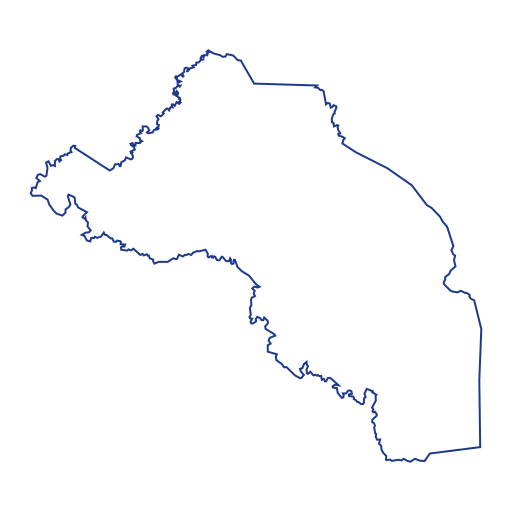 Cavally, Cavally, Ivory Coast (Mercator projection)
{"feature_id": "98640826B42717034718743", "entity_name": "Cavally", "entity_type": "district", "adm_level": 2, "iso_a3": "CIV", "parent_name": "Ivory Coast", "parent_adm1": "Cavally", "projection": "mercator", "projection_center": [-7.871, 6.299], "detail": "fine", "context": "isolated", "style": "outline", "palette": "blue", "viewbox_px": 512, "rotation_deg": 0, "n_neighbors": 0, "source": "geoboundaries", "source_scale": "gbopen_adm2", "svg_char_len": 5978}
<svg xmlns="http://www.w3.org/2000/svg" viewBox="0 0 512 512"><path d="M208.3,50.3L207.3,51.2L208.7,51.4L208.9,52.2L206.9,53.2L207.6,54.0L207.2,55.3L203.9,55.2L203.6,57.5L202.2,55.7L201.6,56.1L200.5,58.5L202.3,59.7L201.0,60.0L198.7,62.4L196.3,62.6L196.2,64.9L192.5,65.7L193.6,67.3L190.0,68.4L187.9,71.1L187.2,71.2L188.0,68.4L186.2,67.6L184.5,68.5L184.1,71.9L182.2,73.5L183.5,76.2L183.0,76.6L180.8,74.5L177.7,76.5L175.6,76.4L175.2,77.7L176.1,78.7L176.9,77.7L177.0,79.8L180.7,81.5L179.0,82.3L178.6,81.0L177.5,81.4L177.8,84.9L179.0,85.8L180.4,85.6L179.7,86.7L177.9,85.6L175.8,87.9L173.7,88.6L174.2,92.6L173.1,92.9L173.4,94.4L175.4,94.9L176.5,91.0L178.0,92.5L177.9,93.9L177.4,95.3L176.3,95.0L176.1,95.7L179.9,98.1L179.1,99.0L180.4,99.7L180.1,101.2L178.3,102.2L179.5,102.9L181.3,101.9L179.2,103.9L176.6,102.1L174.7,105.9L173.4,104.5L172.1,104.3L171.7,104.9L172.5,107.4L170.5,107.2L169.1,110.4L167.7,108.6L166.5,108.6L162.8,112.5L163.8,113.6L160.9,116.3L158.0,114.9L156.5,116.2L158.5,119.4L157.2,121.1L157.1,124.2L158.9,125.0L158.3,127.2L157.1,127.3L156.2,128.4L158.3,128.7L157.8,129.4L154.0,129.9L152.6,132.5L148.2,133.3L147.0,132.4L149.3,130.2L147.8,127.5L146.4,126.4L142.6,126.4L142.9,130.2L142.4,130.9L140.2,130.3L139.8,131.1L141.0,133.1L137.1,134.9L136.6,136.3L140.0,138.3L140.1,140.1L142.0,141.2L141.3,141.6L140.2,140.6L140.4,142.6L139.8,143.1L135.5,142.8L135.5,145.6L134.2,145.8L132.5,143.1L130.5,143.7L130.9,145.0L133.8,146.9L134.8,149.6L130.5,151.6L131.0,153.0L133.0,152.0L131.8,153.5L133.1,156.7L132.2,158.9L130.9,159.4L126.0,157.4L125.0,160.1L121.3,162.3L120.5,166.1L119.7,166.1L118.6,164.0L115.0,164.4L113.4,168.2L109.7,170.5L74.8,147.9L75.3,146.0L73.4,145.7L70.9,147.8L70.5,150.7L71.4,152.1L67.9,153.4L67.3,155.0L64.6,154.3L63.6,155.7L60.5,156.3L60.1,158.5L61.1,160.0L59.4,161.5L58.6,159.2L56.9,159.1L54.9,161.0L54.9,166.0L53.1,165.1L51.0,165.9L48.5,161.3L46.1,162.6L47.5,167.9L46.4,175.7L44.9,176.7L40.1,174.1L37.9,174.8L36.3,178.0L39.9,181.0L37.6,182.1L35.8,188.2L34.4,187.4L31.7,188.1L32.0,190.5L30.7,193.1L31.6,194.6L32.5,195.8L41.2,195.6L47.6,199.6L49.3,204.6L54.1,211.2L56.7,213.7L62.4,215.6L65.4,212.8L65.6,209.4L68.9,207.0L70.4,204.6L67.8,196.2L68.6,194.6L73.8,196.9L74.7,198.0L75.4,203.9L76.9,204.7L78.0,207.4L87.0,212.2L82.6,216.5L82.6,217.4L84.5,218.6L85.5,217.4L85.9,220.3L88.0,222.5L87.5,226.4L90.7,230.4L88.9,232.3L85.8,232.6L81.8,234.9L84.5,235.9L86.8,240.4L90.3,241.4L91.2,237.9L94.0,238.0L94.9,236.7L97.2,237.8L101.0,236.6L103.8,232.6L104.8,234.7L106.6,235.0L110.7,238.4L112.2,238.4L113.9,241.7L115.8,241.9L117.1,240.6L120.3,241.2L120.9,241.9L120.6,244.2L125.1,244.5L124.4,246.6L122.2,246.5L121.0,247.3L121.2,249.7L127.1,250.6L128.5,249.4L131.0,250.4L133.3,248.7L140.3,254.9L142.6,253.9L143.7,255.4L146.9,254.3L147.9,255.7L148.9,255.6L149.7,258.3L153.2,259.6L153.2,261.5L154.5,263.6L158.6,261.9L167.6,261.9L173.5,258.2L175.7,259.1L177.1,258.8L178.9,254.7L182.8,256.5L185.0,254.8L186.4,255.0L188.0,254.0L191.3,254.9L193.2,252.6L197.4,251.0L198.8,251.4L205.5,249.7L207.8,253.7L207.6,256.5L208.5,257.4L211.7,255.9L212.0,257.5L213.1,257.6L214.1,256.3L215.3,257.0L217.0,260.1L218.5,260.4L219.6,260.0L221.7,256.7L222.5,256.8L226.0,261.0L227.8,261.3L229.1,260.9L230.1,258.3L230.9,259.5L230.8,263.0L232.0,264.0L233.5,263.5L233.5,261.0L234.0,259.7L234.9,259.9L237.6,267.1L242.0,271.4L249.0,275.6L256.1,284.4L259.5,286.8L257.7,287.5L254.1,286.6L252.3,288.5L254.7,290.8L253.7,293.8L255.0,296.0L251.5,298.0L251.0,299.6L251.4,305.0L249.9,307.8L250.8,314.9L249.5,316.9L250.0,318.3L252.2,318.7L250.5,322.0L251.4,323.5L253.1,323.4L256.1,321.3L255.8,319.1L257.2,316.9L260.2,318.2L261.5,320.1L263.3,320.1L264.2,317.5L267.6,320.7L268.0,323.2L265.2,326.4L265.5,328.8L274.4,334.3L275.2,335.6L269.9,337.8L269.1,339.2L268.6,340.5L270.6,343.6L267.7,345.3L267.8,351.7L276.9,354.3L275.8,356.7L276.4,360.2L281.6,363.8L284.1,367.3L286.5,367.1L294.9,375.3L299.9,378.1L301.3,378.0L303.8,375.0L300.7,371.2L300.0,368.8L302.3,368.3L304.0,364.0L306.6,361.9L306.7,364.4L308.0,366.3L306.6,369.4L306.8,372.9L308.0,373.9L310.2,371.7L313.5,375.4L315.1,374.8L317.0,375.7L318.0,375.1L319.7,376.2L321.2,375.9L321.8,379.8L323.7,378.8L325.0,381.4L326.2,381.3L327.5,378.3L329.9,377.9L331.5,378.9L338.6,385.3L334.8,384.8L332.6,386.4L333.1,387.6L336.9,388.1L337.7,392.9L341.8,397.9L343.3,397.4L343.7,395.2L342.9,393.4L345.8,393.5L348.3,390.6L349.6,390.4L351.4,391.1L351.9,393.8L348.9,394.4L349.2,396.2L353.0,396.5L354.0,397.7L353.8,399.1L356.0,400.2L357.1,401.9L358.5,402.0L360.7,403.9L363.1,404.1L363.8,403.1L364.1,398.2L365.6,397.1L364.5,393.7L366.7,388.9L371.0,390.5L371.6,391.5L372.6,391.1L372.6,392.4L376.4,394.7L375.6,395.8L375.8,400.6L372.1,407.6L373.3,409.2L372.5,411.4L373.4,412.4L375.0,411.7L376.8,414.5L376.6,415.8L372.3,419.8L372.2,422.2L374.0,423.1L374.9,425.6L374.2,427.8L375.3,433.5L376.2,434.1L375.7,436.7L377.1,439.7L380.1,439.5L379.0,443.8L381.0,445.5L381.6,450.0L383.4,453.0L386.3,456.1L385.9,459.5L386.4,460.1L390.1,459.6L391.9,460.9L398.0,459.8L401.7,460.4L403.8,458.8L407.3,460.9L410.4,461.7L415.1,458.8L419.5,460.6L424.5,461.1L429.9,453.5L480.2,447.1L479.3,380.1L481.3,329.1L474.2,300.3L470.8,298.7L469.3,296.4L469.7,295.0L466.8,292.9L465.1,292.9L460.9,290.8L457.2,292.4L452.1,291.4L450.3,290.5L444.1,284.3L443.7,282.1L445.1,280.0L445.2,277.0L449.2,274.0L450.6,270.6L455.5,266.4L454.0,260.2L455.1,255.6L453.1,254.1L451.4,250.2L453.4,246.2L447.1,226.7L442.5,221.4L440.1,216.8L431.5,207.8L426.9,205.2L411.8,185.3L387.5,168.3L355.6,152.1L342.4,143.5L343.4,139.7L344.8,138.3L342.4,136.7L338.6,135.6L338.3,133.9L340.2,133.4L338.2,129.9L337.6,127.1L338.3,125.5L337.0,125.1L333.9,126.4L333.5,122.8L332.0,122.3L331.8,118.8L333.2,114.5L334.8,113.2L334.5,112.0L336.5,107.5L336.1,106.2L333.5,105.2L332.2,107.1L330.7,107.6L329.8,103.6L327.8,102.9L326.0,104.3L323.6,91.2L321.6,89.8L320.3,90.1L318.1,87.8L315.2,87.4L317.0,85.5L254.1,83.6L240.8,60.5L237.8,60.2L233.2,55.5L226.8,54.1L225.4,56.6L222.4,56.8L220.5,55.3L213.5,53.4L208.3,50.3Z" fill="none" stroke="#1e3a8a" stroke-width="2"/></svg>